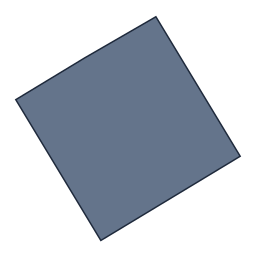 O'Brien, Iowa, United States of America (orthographic projection), rotated 329°
{"feature_id": "52423323B82906580744491", "entity_name": "O'Brien", "entity_type": "district", "adm_level": 2, "iso_a3": "USA", "parent_name": "United States of America", "parent_adm1": "Iowa", "projection": "orthographic", "projection_center": [-95.625, 43.084], "detail": "fine", "context": "isolated", "style": "filled", "palette": "slate", "viewbox_px": 256, "rotation_deg": 329, "n_neighbors": 0, "source": "geoboundaries", "source_scale": "gbopen_adm2", "svg_char_len": 248}
<svg xmlns="http://www.w3.org/2000/svg" viewBox="0 0 256 256"><g transform="rotate(329 128 128)"><path d="M209.2,47.0L127.2,45.6L46.4,45.9L46.7,169.0L46.8,210.4L209.6,210.0L209.2,47.0Z" fill="#64748b" stroke="#1e293b" stroke-width="1.5"/></g></svg>